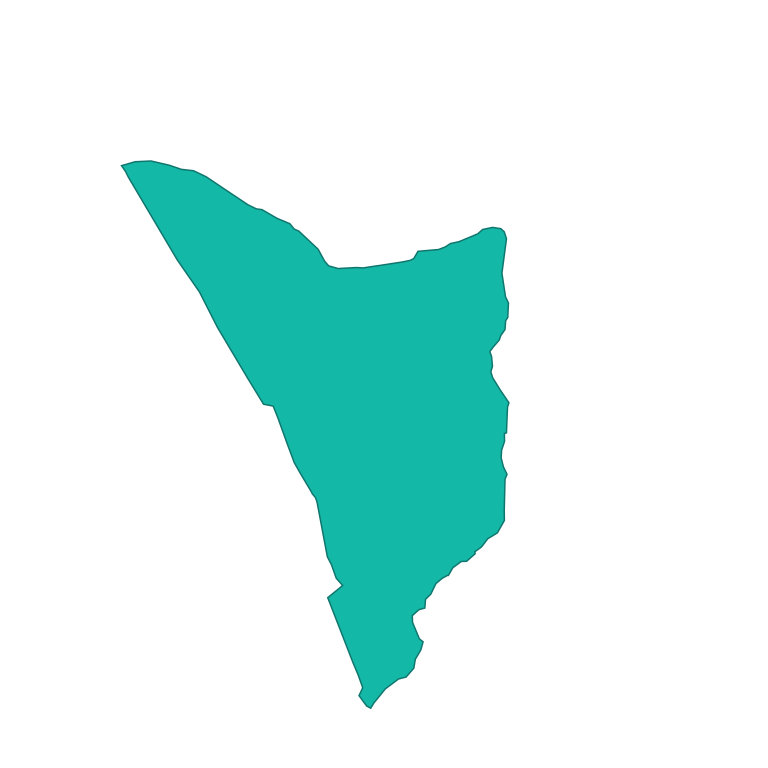 Yigo, Guam (Albers equal-area conic projection), rotated 339°
{"feature_id": "77769853B33377803133936", "entity_name": "Yigo", "entity_type": "district", "adm_level": 2, "iso_a3": "GUM", "parent_name": "Guam", "parent_adm1": "", "projection": "albers", "projection_center": [144.906, 13.57], "detail": "fine", "context": "isolated", "style": "filled", "palette": "teal", "viewbox_px": 768, "rotation_deg": 339, "n_neighbors": 0, "source": "geoboundaries", "source_scale": "gbopen_adm2", "svg_char_len": 1750}
<svg xmlns="http://www.w3.org/2000/svg" viewBox="0 0 768 768"><g transform="rotate(339 384 384)"><path d="M255.2,633.7L255.6,645.9L255.3,659.9L249.0,666.0L252.4,678.4L255.4,681.9L258.0,679.9L260.5,678.0L276.0,669.1L291.7,664.6L299.6,665.5L302.6,663.9L310.0,660.0L314.6,652.2L323.0,645.5L328.1,638.7L325.7,634.6L325.2,616.8L327.4,610.4L335.7,607.2L341.8,607.8L345.6,599.9L352.3,597.0L358.3,591.4L361.0,588.9L368.5,586.3L374.8,585.4L375.1,585.6L375.4,585.8L376.2,585.2L376.5,585.0L382.4,580.2L392.6,577.4L397.6,579.1L408.3,575.1L408.6,573.2L416.2,571.2L418.2,570.1L425.5,565.6L432.3,564.4L436.5,563.6L446.7,555.2L447.5,554.5L450.8,545.5L462.9,516.2L466.5,512.4L465.8,504.2L466.9,494.9L470.1,487.9L476.0,480.7L478.7,473.3L480.8,473.5L485.5,462.6L491.1,449.7L493.9,446.3L490.4,431.3L487.7,417.1L488.1,410.9L491.6,406.4L494.3,396.8L494.4,391.7L498.9,388.8L507.4,384.2L510.4,380.6L516.4,376.6L517.6,374.2L520.2,368.6L523.4,366.2L529.2,353.0L528.7,346.1L533.8,322.8L550.4,292.3L550.8,285.0L548.7,280.8L541.4,276.7L531.5,275.1L525.3,277.4L505.0,278.0L496.4,276.7L490.2,278.0L483.1,278.0L463.3,272.3L456.8,277.5L452.9,278.0L444.6,276.6L405.9,268.1L400.3,265.5L382.6,259.8L381.4,258.9L374.7,253.9L372.6,248.2L370.8,234.6L359.3,210.8L355.7,207.2L353.6,200.7L343.6,191.1L340.1,186.8L332.6,177.5L327.5,174.7L321.1,167.8L305.7,146.0L292.3,126.9L282.7,116.7L271.6,110.9L261.9,102.8L246.4,92.3L231.3,87.3L217.2,86.1L218.9,93.2L219.5,99.6L235.5,194.3L244.7,231.9L248.8,271.4L258.6,328.7L264.3,359.7L272.6,364.9L272.8,377.6L272.2,405.7L272.1,421.5L272.0,425.0L273.8,437.0L277.6,459.1L277.7,460.8L279.3,465.5L279.2,470.0L275.2,492.0L269.2,525.0L270.2,534.2L269.8,548.3L273.2,557.3L254.9,563.3L255.2,633.7Z" fill="#14b8a6" stroke="#0f766e" stroke-width="1.5"/></g></svg>